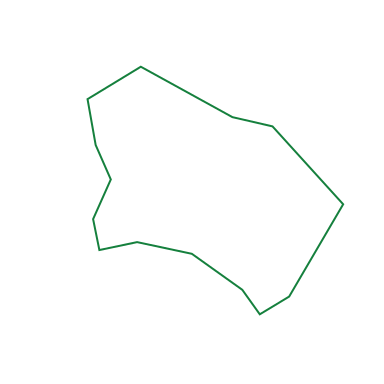 San Ġwann, Mercator projection, rotated 212°
{"feature_id": "MLT-5937", "entity_name": "San Ġwann", "entity_type": "state/province", "adm_level": 1, "iso_a3": "MLT", "parent_name": "Malta", "parent_adm1": "", "projection": "mercator", "projection_center": [14.476, 35.906], "detail": "fine", "context": "isolated", "style": "outline", "palette": "green", "viewbox_px": 384, "rotation_deg": 212, "n_neighbors": 0, "source": "natural_earth", "source_scale": "10m", "svg_char_len": 340}
<svg xmlns="http://www.w3.org/2000/svg" viewBox="0 0 384 384"><g transform="rotate(212 192 192)"><path d="M239.8,93.7L261.5,116.6L267.5,159.6L298.6,180.8L329.8,215.4L301.8,271.1L197.4,276.9L158.5,290.3L57.3,261.7L54.2,154.8L69.7,124.2L97.5,135.7L159.4,139.5L212.0,120.4L239.8,93.7Z" fill="none" stroke="#15803d" stroke-width="2"/></g></svg>